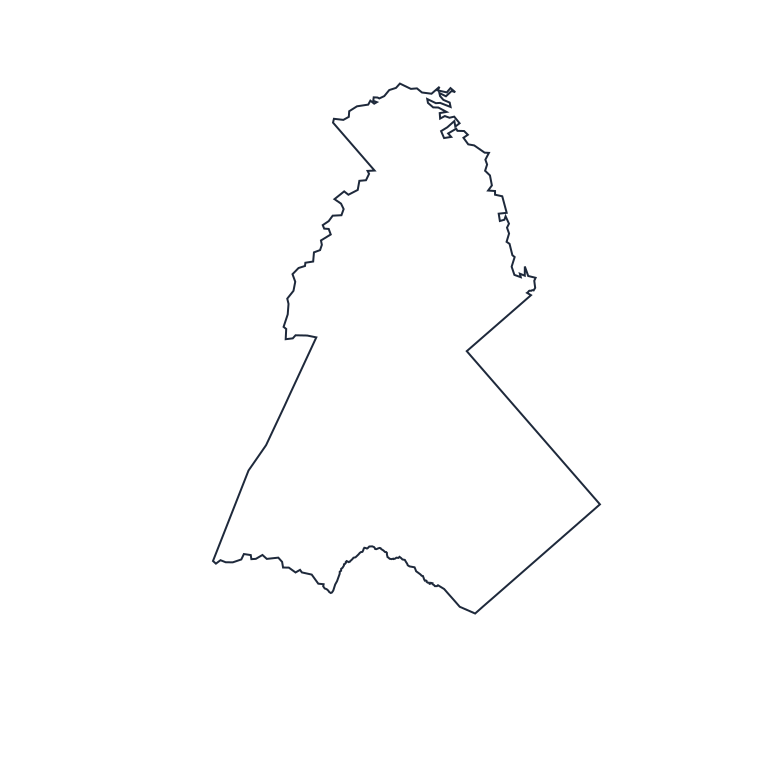 Gila, Arizona, United States of America (Robinson projection), rotated 49°
{"feature_id": "52423323B99315051552268", "entity_name": "Gila", "entity_type": "district", "adm_level": 2, "iso_a3": "USA", "parent_name": "United States of America", "parent_adm1": "Arizona", "projection": "robinson", "projection_center": [-110.874, 33.741], "detail": "fine", "context": "isolated", "style": "outline", "palette": "slate", "viewbox_px": 768, "rotation_deg": 49, "n_neighbors": 0, "source": "geoboundaries", "source_scale": "gbopen_adm2", "svg_char_len": 3537}
<svg xmlns="http://www.w3.org/2000/svg" viewBox="0 0 768 768"><g transform="rotate(49 384 384)"><path d="M196.1,147.2L196.1,157.7L188.9,164.1L182.5,165.2L178.9,170.1L167.7,174.9L168.4,180.7L165.6,187.2L166.9,194.9L165.4,200.2L163.6,200.9L160.9,203.7L163.2,206.3L166.6,204.5L166.0,207.5L161.2,208.4L162.8,212.6L156.7,222.2L155.3,231.3L159.3,235.3L158.0,241.4L151.0,247.8L153.3,251.0L216.7,251.1L212.4,256.6L215.6,257.4L218.4,263.9L214.5,269.3L220.3,276.5L217.8,286.7L212.5,287.7L212.0,300.1L219.7,298.1L225.5,299.7L228.7,305.4L223.3,312.3L224.8,318.9L223.9,326.0L227.5,327.2L230.7,324.0L236.2,326.1L234.3,337.4L238.2,339.6L241.0,344.4L238.7,350.5L245.1,357.1L240.9,363.8L243.1,366.2L240.4,372.4L241.1,381.0L248.6,383.9L254.3,391.2L256.1,401.0L260.9,403.5L268.3,411.0L275.0,422.3L278.3,421.7L285.7,428.8L289.7,422.9L289.2,418.8L297.0,410.2L304.4,404.5L330.1,462.0L335.1,473.0L352.8,513.1L358.0,533.5L360.4,543.0L405.4,629.2L409.3,628.7L409.7,623.0L414.7,620.4L419.4,615.1L422.8,606.8L420.4,601.3L425.7,596.8L429.2,599.0L431.9,595.4L433.3,587.9L439.1,587.2L445.7,577.7L451.4,577.6L456.3,580.6L460.1,576.3L468.2,574.4L469.2,569.3L472.3,569.6L480.4,563.6L491.6,564.6L495.5,560.9L495.7,561.1L496.7,562.6L499.4,562.9L501.2,561.9L503.3,561.6L505.0,561.8L506.8,561.3L507.2,560.1L506.6,557.8L503.3,552.4L502.0,548.8L498.8,543.1L498.2,542.0L496.6,540.5L496.8,538.9L495.4,537.6L495.5,535.9L494.7,533.3L493.8,532.5L494.2,531.3L493.8,529.6L493.3,529.6L493.1,528.4L494.3,527.8L495.3,527.5L495.7,526.2L495.5,525.8L495.5,524.2L495.4,522.6L495.1,521.0L496.1,519.2L496.0,516.9L495.9,515.1L495.6,513.1L495.7,511.8L496.5,510.4L495.9,508.8L495.2,507.8L494.7,506.3L495.8,505.4L497.0,504.8L497.2,504.0L497.1,503.3L497.0,501.7L498.8,499.4L500.6,498.5L502.0,498.6L502.8,498.9L503.7,498.0L504.1,496.6L504.8,494.9L505.7,494.3L506.8,494.4L509.1,493.7L511.6,493.4L512.3,492.6L513.4,492.6L514.5,493.6L517.0,494.9L517.8,494.6L519.6,494.4L521.2,493.1L521.9,491.6L522.4,491.6L523.1,490.1L523.2,488.6L524.7,487.2L524.6,485.7L526.5,485.3L528.5,485.2L530.4,483.7L533.0,484.2L534.7,484.4L536.4,485.0L538.4,484.4L540.5,482.7L542.4,481.2L543.7,481.6L546.4,482.6L549.0,482.0L551.8,481.4L553.4,481.4L554.4,480.6L556.4,481.3L557.5,481.8L559.2,482.2L559.7,481.3L560.7,481.1L561.2,481.6L562.5,481.4L563.5,480.4L564.7,480.7L565.1,480.0L564.8,479.1L566.2,478.1L566.6,478.6L567.7,478.5L568.3,478.2L569.9,478.2L571.3,476.6L571.3,475.3L578.2,473.1L583.1,473.1L595.7,473.0L596.4,473.0L601.8,473.0L617.0,465.8L616.9,455.1L616.9,437.1L616.5,300.0L413.5,300.0L413.4,214.8L409.1,216.2L409.2,215.3L408.9,213.5L409.1,212.9L410.3,211.6L410.4,210.6L411.2,209.7L411.5,209.6L410.6,206.8L404.7,202.9L403.3,199.9L397.1,204.3L387.7,200.6L394.6,206.7L389.9,209.1L393.1,210.7L387.2,214.0L379.2,210.7L373.9,202.1L371.0,202.6L360.6,197.3L357.1,198.2L352.5,190.9L346.7,188.6L345.0,184.5L337.2,182.2L339.0,185.4L337.0,189.6L330.7,185.7L335.3,179.1L319.9,171.6L314.0,176.0L311.2,173.6L306.3,178.5L304.9,172.3L296.1,167.2L289.4,167.8L286.0,162.2L281.2,160.3L278.4,153.2L275.4,156.3L263.1,159.4L258.4,163.2L250.3,162.5L250.9,157.2L245.6,157.6L241.1,162.5L238.7,162.0L237.0,171.2L241.6,171.2L237.8,177.3L230.6,175.0L231.8,167.8L231.7,158.4L236.5,161.3L236.8,155.9L228.3,155.6L226.0,159.9L221.7,162.3L220.5,167.5L216.1,164.2L219.7,158.3L211.0,161.6L207.5,165.4L200.7,166.4L197.3,164.4L206.1,160.6L208.7,157.2L218.6,152.0L214.7,149.8L208.5,152.8L203.5,152.8L200.7,151.3L207.5,148.5L207.2,140.7L210.5,138.8L204.3,139.7L205.1,145.3L197.7,150.8L196.1,147.2Z" fill="none" stroke="#1e293b" stroke-width="2"/></g></svg>